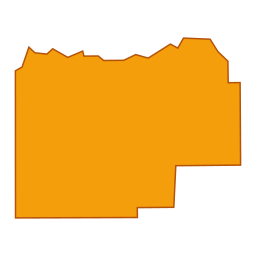 Menard, Illinois, United States of America (Equal Earth projection)
{"feature_id": "52423323B49653092104494", "entity_name": "Menard", "entity_type": "district", "adm_level": 2, "iso_a3": "USA", "parent_name": "United States of America", "parent_adm1": "Illinois", "projection": "equal_earth", "projection_center": [-89.78, 40.028], "detail": "fine", "context": "isolated", "style": "filled", "palette": "amber", "viewbox_px": 256, "rotation_deg": 0, "n_neighbors": 0, "source": "geoboundaries", "source_scale": "gbopen_adm2", "svg_char_len": 446}
<svg xmlns="http://www.w3.org/2000/svg" viewBox="0 0 256 256"><path d="M227.9,61.2L217.8,51.5L210.1,39.2L183.5,38.1L177.8,48.1L170.4,44.1L148.2,58.1L135.7,54.6L123.8,60.3L103.6,60.5L98.3,56.0L83.9,56.1L82.7,51.1L67.8,57.4L52.7,48.8L46.9,54.1L34.9,52.8L28.9,47.2L22.1,67.0L15.4,70.8L15.5,217.9L137.4,217.5L137.3,207.6L173.8,207.3L175.8,165.7L240.6,165.1L240.1,82.6L228.2,82.7L227.9,61.2Z" fill="#f59e0b" stroke="#b45309" stroke-width="1.5"/></svg>